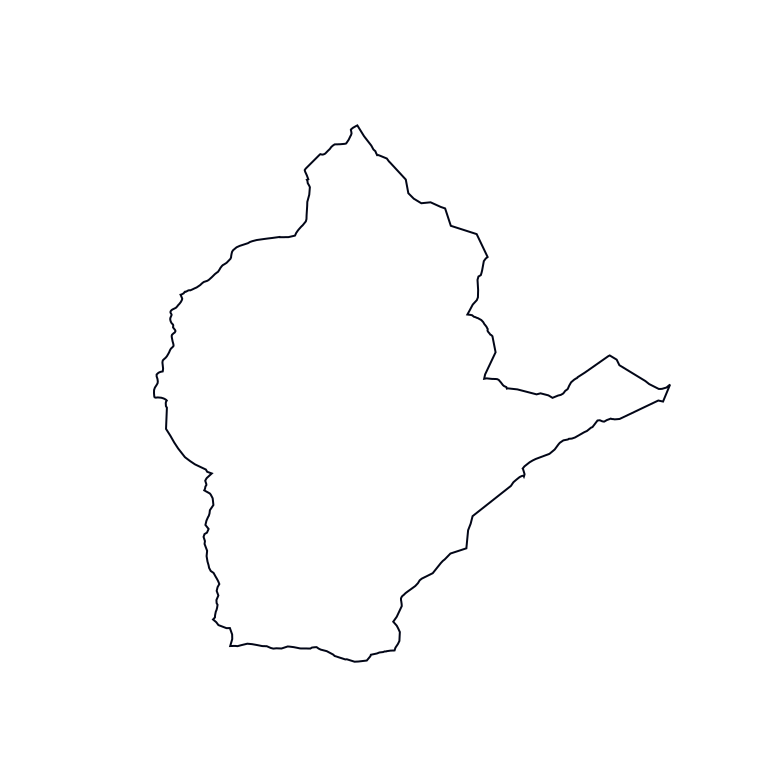 outline of Vatra Dornei, Suceava, Romania, rotated 154°
{"feature_id": "2599482B21734903931451", "entity_name": "Vatra Dornei", "entity_type": "district", "adm_level": 2, "iso_a3": "ROU", "parent_name": "Romania", "parent_adm1": "Suceava", "projection": "equal_earth", "projection_center": [25.347, 47.363], "detail": "fine", "context": "isolated", "style": "outline", "palette": "ink", "viewbox_px": 768, "rotation_deg": 154, "n_neighbors": 0, "source": "geoboundaries", "source_scale": "gbopen_adm2", "svg_char_len": 6142}
<svg xmlns="http://www.w3.org/2000/svg" viewBox="0 0 768 768"><g transform="rotate(154 384 384)"><path d="M532.8,545.7L534.7,545.0L535.2,544.7L536.8,544.0L537.8,543.7L539.9,543.7L541.3,543.7L542.2,543.6L543.4,543.2L544.1,542.7L544.6,541.8L544.6,541.1L544.5,540.6L544.5,539.5L544.8,539.0L547.0,537.1L547.7,536.1L548.2,534.4L548.3,532.8L548.2,531.6L547.7,530.3L547.6,529.7L547.9,528.7L548.6,527.7L548.8,527.3L548.6,526.4L548.2,524.6L548.1,523.8L548.2,523.1L548.5,522.7L549.6,522.0L551.0,521.8L551.9,521.5L552.9,521.2L553.6,520.5L554.1,519.5L554.6,517.7L555.3,515.1L555.8,512.3L556.2,511.0L556.6,510.4L557.7,509.9L560.0,509.2L561.5,508.2L563.2,506.7L564.6,505.7L567.0,504.1L568.8,503.3L571.0,502.7L572.2,502.3L572.9,501.7L573.8,500.3L574.5,498.3L575.8,494.7L576.8,493.1L577.4,492.3L579.2,492.8L580.9,493.0L582.4,492.8L584.2,492.2L585.0,490.6L585.4,487.8L586.2,485.4L587.2,483.9L589.3,482.5L591.5,481.2L593.3,479.4L594.7,476.7L595.9,473.6L596.0,472.6L595.2,471.8L593.2,471.1L590.2,469.3L588.5,467.7L587.6,466.6L586.7,465.1L586.5,464.3L587.5,463.8L588.5,462.6L589.7,459.7L589.5,457.9L599.6,439.2L598.7,431.2L598.2,423.4L597.3,416.3L595.0,405.5L592.0,399.6L589.1,394.6L581.6,385.2L581.4,382.6L578.0,379.1L584.5,377.2L585.8,376.4L587.1,375.4L587.6,371.8L588.1,370.9L589.4,370.2L590.8,368.3L592.2,367.2L588.5,361.9L588.2,360.4L588.1,356.4L589.0,353.8L590.4,350.0L595.8,346.9L597.6,344.1L599.3,342.3L600.4,341.6L603.5,339.0L606.3,335.6L605.2,330.6L608.3,328.0L611.1,327.8L613.2,325.7L613.8,321.3L615.4,318.9L616.1,311.6L618.9,307.1L620.5,301.7L621.1,298.1L621.8,295.4L621.7,291.9L620.0,288.9L619.8,284.8L619.6,282.5L619.5,279.5L619.7,276.4L622.6,274.4L625.1,271.4L625.6,266.5L629.3,263.3L630.5,260.4L630.4,258.5L632.0,256.2L633.5,254.4L635.0,253.1L637.2,250.2L638.3,248.3L640.9,247.3L639.2,243.5L638.5,239.9L632.6,233.6L629.5,232.2L630.3,225.4L632.2,221.3L637.1,215.9L632.7,213.9L630.6,212.6L626.6,211.8L620.7,210.5L616.6,208.0L612.5,205.0L608.3,201.8L604.3,199.7L601.5,196.4L599.5,194.7L596.5,193.6L592.1,191.2L585.6,190.3L583.9,189.3L580.4,187.0L577.5,184.8L575.3,183.1L572.9,181.9L567.1,179.0L566.2,178.5L564.3,178.7L561.2,177.6L559.9,177.0L558.8,174.9L557.3,173.0L552.6,169.0L548.3,163.1L547.6,161.2L539.5,153.4L538.1,152.9L532.2,147.3L528.7,145.8L520.7,143.0L515.6,145.3L514.5,146.4L508.5,144.9L505.8,144.7L502.4,143.5L500.5,143.3L499.4,142.7L498.8,142.7L494.7,141.4L492.4,140.3L491.3,139.9L489.3,142.0L485.5,144.2L482.8,146.3L478.5,154.1L478.4,158.2L478.5,161.2L479.4,164.5L479.9,166.3L474.6,169.2L465.4,176.6L464.6,178.5L463.6,181.6L463.5,182.2L462.7,183.9L461.3,185.0L460.2,185.5L459.0,185.7L457.8,186.1L456.3,186.6L453.7,187.1L444.5,188.7L440.8,190.1L438.0,191.9L435.4,192.5L423.1,192.6L411.3,198.2L408.7,199.2L406.4,199.7L401.1,201.6L398.6,202.5L382.0,200.2L372.5,215.7L367.4,220.4L362.3,226.4L314.5,236.8L312.3,238.1L310.7,239.0L307.7,239.8L306.0,240.2L302.9,240.9L300.7,240.9L298.8,240.5L298.8,239.5L298.5,239.8L297.2,241.3L296.3,246.8L296.4,247.2L293.9,248.4L287.5,249.8L283.9,250.1L280.5,250.1L265.9,248.7L259.3,250.3L253.6,253.3L251.7,254.1L247.5,254.7L243.0,253.5L241.9,253.7L239.1,252.6L235.8,252.2L226.8,252.8L224.8,252.9L222.2,252.8L217.1,254.0L215.5,253.9L208.1,257.6L205.9,256.8L204.2,254.8L202.7,253.7L201.9,253.7L199.6,253.9L196.7,253.6L195.4,253.5L194.4,252.5L193.4,252.0L192.2,251.1L187.6,249.3L166.2,249.1L144.7,248.9L140.9,245.9L139.1,247.5L127.1,258.1L131.7,257.0L136.4,257.8L139.2,259.1L145.7,267.7L147.8,272.1L164.2,297.7L164.2,303.9L168.6,310.7L170.1,310.7L198.5,306.2L207.1,305.2L207.4,304.9L208.3,304.7L208.9,304.8L211.3,304.5L215.1,303.5L218.3,301.3L221.0,299.0L222.1,298.7L224.1,298.4L226.4,297.2L227.7,296.8L228.9,296.8L229.9,296.7L232.5,297.3L238.6,297.7L241.2,301.7L247.4,307.0L251.4,307.8L266.5,320.7L274.6,325.8L275.6,326.0L275.4,327.6L276.5,328.9L277.1,329.7L277.6,330.9L277.9,332.4L278.2,334.0L278.8,336.2L279.1,337.4L280.1,338.7L281.2,339.4L285.0,341.4L289.3,344.1L291.7,344.8L288.9,348.3L269.8,363.6L265.6,379.4L266.1,380.9L266.8,381.8L267.0,383.2L267.5,385.1L267.6,386.5L266.7,387.9L266.8,389.2L266.8,390.6L267.1,392.0L267.2,392.6L267.5,393.5L267.7,396.2L268.5,398.8L270.8,402.1L271.5,402.7L272.7,404.2L273.6,404.9L274.2,406.1L274.6,407.1L276.1,408.3L276.6,408.6L277.7,409.3L278.6,409.9L274.9,412.5L269.4,416.5L263.8,418.7L261.6,420.7L258.2,427.2L254.3,436.6L252.0,439.2L249.3,439.4L248.6,440.1L247.5,441.3L246.0,443.1L240.4,450.7L237.5,452.2L235.2,452.7L235.0,478.1L254.6,496.9L252.1,515.0L255.4,518.3L262.5,526.9L271.2,530.1L272.0,531.3L276.0,537.5L278.5,544.8L274.8,558.2L281.5,580.5L282.0,581.9L282.6,585.4L287.3,590.7L288.7,592.2L289.9,592.7L289.8,594.2L289.9,594.7L289.7,597.0L290.7,599.4L290.9,603.9L292.1,609.6L293.3,615.4L294.6,628.1L296.1,628.1L299.5,627.9L301.7,627.4L302.4,627.0L302.7,625.5L303.3,623.5L304.5,622.2L305.4,621.6L308.7,619.0L312.0,617.1L312.5,616.8L313.8,617.0L318.0,618.6L321.4,620.1L323.3,621.0L325.5,620.7L327.6,620.1L329.6,619.0L332.4,618.1L335.7,616.9L336.8,616.8L338.4,617.0L339.3,617.5L340.5,618.5L341.9,618.1L355.9,613.3L360.0,611.9L361.5,611.0L361.8,609.4L361.9,605.2L362.3,601.2L363.8,601.3L363.7,600.4L364.1,599.2L364.5,597.9L364.3,595.3L364.3,594.3L364.4,593.3L366.3,590.1L368.2,586.9L373.1,581.3L375.0,577.7L379.6,569.6L381.4,566.2L383.0,564.4L388.0,562.1L388.3,562.1L390.0,561.5L390.9,561.1L391.7,560.8L392.3,560.5L392.9,560.3L393.7,559.9L394.7,559.4L395.7,558.8L396.3,558.5L396.9,558.1L398.8,556.5L399.0,556.4L405.5,557.9L413.3,561.6L413.3,561.9L420.6,564.3L424.3,565.6L427.9,566.8L435.3,569.2L439.7,570.1L442.2,570.4L444.5,570.2L453.1,571.4L456.6,571.5L458.2,571.1L461.0,570.4L462.5,569.5L463.8,568.0L465.2,566.1L466.0,564.8L467.2,563.8L472.4,561.9L475.2,561.6L476.8,561.5L478.0,561.1L480.2,560.0L481.6,559.0L484.0,557.6L485.4,557.4L487.8,556.9L491.6,555.6L495.8,554.4L497.5,554.2L499.8,554.5L501.1,554.7L502.4,554.5L504.0,554.1L505.8,553.5L510.1,552.9L512.3,553.0L514.8,553.0L517.0,553.1L518.1,553.7L519.0,553.9L520.6,553.8L521.9,553.8L522.1,554.1L522.5,554.2L522.8,554.1L523.7,553.7L524.3,553.3L525.6,553.3L526.8,553.2L527.7,553.4L527.9,549.3L528.0,549.1L528.5,548.4L529.5,547.6L530.6,546.8L532.8,545.7Z" fill="none" stroke="#020617" stroke-width="2"/></g></svg>